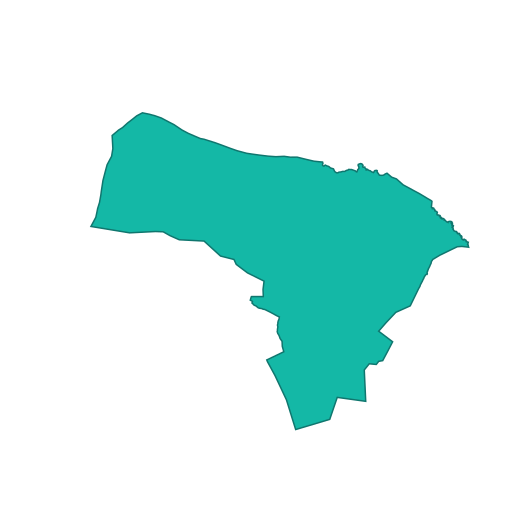 Ise/Orun, Ekiti, Nigeria, rotated 118°
{"feature_id": "59680162B94034829608504", "entity_name": "Ise/Orun", "entity_type": "district", "adm_level": 2, "iso_a3": "NGA", "parent_name": "Nigeria", "parent_adm1": "Ekiti", "projection": "robinson", "projection_center": [5.354, 7.425], "detail": "fine", "context": "isolated", "style": "filled", "palette": "teal", "viewbox_px": 512, "rotation_deg": 118, "n_neighbors": 0, "source": "geoboundaries", "source_scale": "gbopen_adm2", "svg_char_len": 5024}
<svg xmlns="http://www.w3.org/2000/svg" viewBox="0 0 512 512"><g transform="rotate(118 256 256)"><path d="M217.1,439.6L228.4,432.8L235.8,430.3L242.1,430.3L245.3,430.3L250.6,429.1L261.1,426.6L271.4,423.0L274.8,421.7L282.2,419.3L288.5,418.1L292.1,417.0L297.0,415.6L305.4,415.6L307.4,415.6L294.9,378.5L281.6,356.3L278.2,349.3L278.4,341.5L277.7,331.4L267.2,308.9L272.7,287.3L269.4,273.8L272.7,269.5L274.9,255.6L274.4,237.1L282.2,234.1L288.4,230.5L293.8,240.7L294.0,241.0L294.4,241.0L295.8,240.7L296.4,240.6L297.2,240.4L297.7,240.3L297.7,239.8L297.7,239.7L297.7,239.2L297.7,238.3L297.9,237.7L299.4,237.5L299.7,236.3L300.1,235.4L300.3,234.4L300.1,232.7L300.7,229.7L300.5,228.5L300.0,227.0L299.6,225.7L299.7,225.1L299.6,224.6L299.1,223.2L298.9,216.6L299.0,209.5L298.8,206.8L299.2,206.7L300.6,206.1L302.9,205.9L304.4,205.5L305.5,204.9L306.4,204.8L307.4,204.3L308.3,203.4L309.3,203.1L310.6,202.7L311.7,202.1L312.8,201.8L314.1,200.5L315.4,198.3L317.6,195.9L319.1,192.9L323.4,190.4L327.5,186.5L342.7,197.7L343.9,196.3L352.7,183.0L368.7,161.6L390.6,139.5L365.6,114.2L342.7,117.9L332.8,90.9L305.8,106.9L298.0,105.4L295.3,98.9L291.4,98.2L288.9,95.0L278.6,95.0L267.6,95.1L264.8,112.4L253.6,109.8L240.1,106.1L227.6,96.4L208.5,97.1L205.7,97.0L204.5,97.3L199.6,97.3L198.3,97.5L197.3,97.3L196.2,97.6L193.3,97.4L191.7,96.7L191.7,96.4L191.4,96.5L190.9,96.6L190.4,97.1L190.1,97.3L189.3,97.4L188.9,97.3L188.3,97.6L187.6,97.5L186.7,97.7L186.1,97.8L185.4,97.7L184.7,97.8L183.9,97.7L182.9,97.9L180.2,98.0L178.6,98.5L178.1,98.5L177.6,98.4L176.0,98.3L175.1,97.7L173.2,96.6L169.9,94.6L168.9,94.0L167.3,92.8L164.4,90.7L162.2,89.1L158.6,86.5L153.3,82.6L150.9,78.7L148.5,72.7L148.4,72.4L147.8,73.0L147.0,73.6L146.6,73.9L146.5,74.6L145.8,74.7L145.1,74.8L144.6,74.9L144.2,75.0L144.3,75.5L144.4,76.3L144.2,76.8L144.6,77.1L144.2,77.6L143.5,78.0L143.5,79.5L144.0,79.9L143.6,80.3L143.9,80.5L144.5,80.7L144.5,81.3L144.2,82.0L144.2,82.5L143.5,82.8L143.3,83.3L142.9,83.9L142.4,84.1L142.2,83.5L141.8,84.0L141.8,84.6L142.1,85.1L142.0,85.5L141.8,85.5L141.4,85.8L141.1,86.7L140.8,86.7L140.6,87.0L141.0,87.8L141.3,87.5L141.5,88.0L141.6,88.5L141.5,88.8L141.0,89.1L140.9,89.7L140.7,90.4L140.3,90.4L140.3,90.7L140.5,91.2L140.8,92.0L140.7,93.3L140.0,94.1L139.9,94.7L139.3,94.7L139.0,95.1L138.3,95.5L138.7,96.3L138.4,96.5L137.9,96.1L137.4,95.8L137.1,96.3L136.6,96.1L136.5,96.7L136.4,97.0L136.7,97.6L136.4,97.7L136.0,97.7L135.7,97.5L135.1,97.8L135.3,98.1L135.7,98.3L135.6,98.9L135.2,99.0L134.9,99.3L134.6,99.0L134.3,98.7L134.1,98.7L134.1,99.1L134.3,99.3L134.2,99.5L133.9,99.7L134.0,100.2L134.1,100.6L134.7,101.6L135.5,102.4L136.2,102.2L136.2,102.7L136.3,103.8L135.8,105.5L135.6,105.9L135.5,106.1L135.5,106.4L135.9,106.4L136.0,106.6L135.7,106.8L135.2,106.9L135.1,107.2L135.0,107.7L135.0,108.3L135.1,108.8L135.4,108.9L135.7,109.1L135.9,109.1L135.9,109.5L135.5,109.6L135.3,109.9L135.6,110.2L135.7,110.6L135.5,110.8L135.2,110.7L134.9,110.8L134.9,111.1L135.2,111.2L135.5,111.3L135.3,111.5L134.9,111.6L134.8,111.9L134.4,112.1L134.5,112.5L134.6,112.8L134.4,112.9L134.3,112.6L134.1,112.6L133.9,112.6L133.9,113.0L134.2,113.3L134.1,114.0L134.2,114.4L134.5,114.8L134.6,115.3L134.0,115.9L133.4,116.2L133.0,116.2L132.6,116.2L132.3,116.6L131.9,117.2L132.1,117.7L131.9,118.6L132.1,119.4L131.5,119.7L131.1,119.9L130.8,120.9L131.1,121.7L130.6,121.5L130.3,121.7L130.5,122.3L130.6,123.2L130.9,123.5L130.5,124.1L129.2,124.6L125.1,126.3L124.9,127.1L124.8,128.2L124.7,131.7L124.2,140.9L124.2,146.2L124.1,159.5L122.0,168.2L122.7,173.2L121.4,179.2L122.4,180.0L123.4,180.7L124.3,181.1L124.9,181.5L125.7,182.7L126.3,184.0L126.7,185.0L125.9,186.5L124.9,188.5L124.2,188.9L123.8,189.0L123.7,189.5L123.9,190.0L124.2,190.4L124.7,191.1L125.4,191.4L125.9,191.4L126.1,191.3L126.3,191.3L127.2,191.5L127.2,192.0L127.3,192.8L127.4,193.5L127.2,194.7L127.1,195.2L127.4,196.3L127.4,197.4L127.1,198.2L127.3,198.7L128.0,198.7L128.3,199.1L127.4,199.7L127.1,201.1L126.4,201.7L126.8,202.3L127.4,203.1L126.9,203.8L125.6,204.1L125.4,204.9L125.0,205.5L125.1,206.4L125.2,206.9L125.7,207.5L127.1,208.7L127.9,208.5L128.5,207.9L129.2,206.9L130.4,206.3L132.1,206.7L134.3,206.4L134.6,206.9L134.2,208.3L134.4,209.6L134.6,211.1L134.8,212.3L135.1,212.7L136.0,214.8L137.0,215.2L138.0,216.4L139.6,217.3L140.6,219.2L141.9,220.5L142.6,221.5L143.2,222.3L143.9,222.6L144.6,223.5L144.7,224.6L144.6,225.6L144.1,226.7L143.3,227.7L142.7,228.5L142.9,229.6L143.1,230.7L143.3,231.7L143.0,232.7L142.8,233.8L143.0,235.1L143.2,235.8L143.2,236.6L143.1,237.3L143.6,237.8L144.7,238.2L144.9,239.0L144.6,239.9L143.4,240.4L142.7,240.4L142.5,240.5L142.2,241.2L141.8,241.4L142.6,243.2L145.1,249.4L147.3,257.7L149.4,266.1L152.6,272.0L154.8,278.0L159.0,285.1L162.2,292.3L165.4,300.6L167.6,306.6L169.7,312.5L171.9,322.1L173.0,329.2L174.1,337.6L175.1,344.7L177.3,356.7L178.4,360.2L178.7,363.5L179.5,373.4L179.5,380.5L178.5,390.1L178.6,396.1L178.6,404.4L179.7,411.6L180.1,413.2L180.6,415.4L180.8,416.4L182.9,423.5L188.2,427.1L193.5,429.4L198.8,431.8L205.2,434.1L209.4,436.5L211.3,437.2L217.1,439.6Z" fill="#14b8a6" stroke="#0f766e" stroke-width="1.5"/></g></svg>